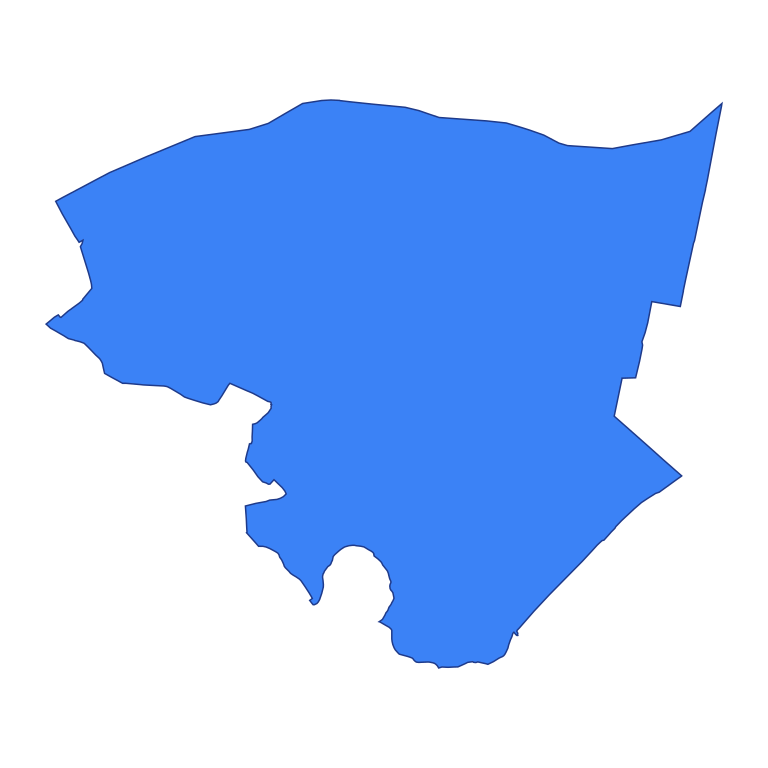 Oltina, Constanta, Romania (Natural Earth projection)
{"feature_id": "2599482B63445954595990", "entity_name": "Oltina", "entity_type": "district", "adm_level": 2, "iso_a3": "ROU", "parent_name": "Romania", "parent_adm1": "Constanta", "projection": "natural_earth1", "projection_center": [27.643, 44.146], "detail": "fine", "context": "isolated", "style": "filled", "palette": "blue", "viewbox_px": 768, "rotation_deg": 0, "n_neighbors": 0, "source": "geoboundaries", "source_scale": "gbopen_adm2", "svg_char_len": 5166}
<svg xmlns="http://www.w3.org/2000/svg" viewBox="0 0 768 768"><path d="M681.7,475.9L663.0,459.5L646.8,445.0L614.2,416.2L622.0,378.6L622.0,378.4L622.0,378.2L635.6,377.8L639.6,361.1L642.0,349.2L642.6,345.1L641.9,341.8L645.1,332.7L647.8,322.5L647.8,322.4L651.8,301.6L655.3,302.2L680.3,306.5L683.4,291.0L683.3,290.8L685.5,280.2L693.5,243.3L694.5,240.7L702.5,202.2L705.5,189.6L705.4,189.4L707.4,179.8L715.9,134.5L721.5,106.3L721.9,103.5L711.9,112.1L690.0,131.4L661.2,139.9L634.1,144.6L631.3,145.1L619.9,147.2L612.4,148.6L575.0,146.1L567.5,145.6L558.9,143.1L543.8,135.1L529.6,130.1L522.7,127.9L515.8,125.8L506.3,123.0L486.6,120.9L458.6,118.9L439.1,117.5L429.0,114.1L418.9,110.6L405.2,107.3L391.7,106.0L387.6,105.6L381.4,105.0L374.1,104.3L363.4,103.2L350.1,101.8L339.9,100.6L339.6,100.4L331.0,100.0L321.8,100.5L302.6,103.5L285.4,113.4L268.3,123.4L249.3,129.4L194.9,136.6L195.0,136.6L172.8,145.8L146.9,156.5L109.6,172.6L100.5,177.4L93.7,181.0L71.5,192.8L62.8,197.4L55.7,201.3L62.4,214.1L70.9,228.9L75.0,236.3L75.6,237.1L77.4,239.7L77.5,239.8L79.1,242.3L82.9,240.2L82.2,243.4L80.4,246.7L88.6,273.2L88.7,273.6L89.6,276.8L89.7,277.3L89.8,277.7L90.4,279.7L90.5,280.3L90.6,280.5L90.8,281.4L91.2,283.1L91.5,284.7L91.8,288.4L87.2,293.9L82.7,299.3L82.6,300.2L79.5,302.9L67.8,311.4L61.0,317.4L60.2,317.2L58.3,314.9L57.2,315.5L54.4,317.2L46.1,324.1L50.7,328.3L50.8,328.3L56.0,331.2L60.1,333.6L63.8,335.7L66.1,337.2L68.4,338.6L73.9,340.0L75.2,340.6L76.4,340.8L80.6,341.9L80.7,342.0L84.0,343.2L84.8,343.9L88.3,347.3L95.7,355.0L99.6,358.6L100.9,360.5L102.3,363.1L103.5,368.7L104.6,373.4L111.2,377.1L122.6,383.3L125.9,383.3L140.6,384.6L143.2,384.9L156.1,385.6L164.0,386.0L166.7,386.5L167.8,386.9L170.7,388.4L180.5,394.2L183.6,396.4L184.5,397.0L188.1,398.3L194.3,400.3L202.8,402.9L210.5,404.8L214.0,403.9L216.1,403.1L218.1,401.6L219.1,399.9L221.8,395.9L228.3,385.2L229.9,383.3L247.9,391.2L248.0,391.2L252.9,393.3L257.6,395.8L267.8,401.4L269.8,401.8L270.9,402.3L271.2,403.2L270.9,404.5L271.6,404.7L271.0,406.7L271.2,408.2L268.2,412.7L266.2,414.5L262.7,417.5L262.1,418.4L260.1,420.3L257.0,422.9L255.2,423.7L252.6,424.3L252.4,431.4L252.1,436.8L252.2,441.2L251.8,442.1L251.4,443.5L250.2,443.6L249.5,444.4L249.4,444.3L248.2,449.3L247.3,452.2L245.8,458.4L245.5,461.0L246.0,462.1L247.1,462.4L253.2,470.0L257.9,476.7L262.6,481.8L266.3,483.0L268.4,484.2L270.0,484.1L274.0,479.7L277.8,483.4L282.2,487.6L284.9,491.1L286.2,493.9L283.3,496.7L280.3,498.3L277.0,499.4L269.7,500.1L266.1,501.5L255.7,503.4L245.4,506.0L246.3,518.8L246.7,527.5L247.0,532.2L246.5,532.7L255.9,543.2L258.6,546.3L259.9,546.2L260.0,546.3L262.9,546.3L266.1,547.0L269.7,548.5L275.1,551.4L277.7,553.0L278.9,554.6L279.7,557.2L281.2,559.3L281.3,559.4L281.8,560.2L283.1,563.0L283.7,564.4L284.3,566.3L285.4,567.8L286.2,568.6L289.1,571.5L290.0,572.7L290.8,573.5L293.1,575.1L296.0,576.8L298.5,578.5L299.4,579.1L300.9,580.6L302.7,583.2L305.3,587.0L309.2,593.0L311.5,596.9L312.3,598.5L309.7,600.4L312.0,603.4L313.1,604.7L314.4,604.7L316.9,603.5L318.3,601.9L319.6,599.6L321.7,593.5L323.3,587.1L323.4,584.6L323.0,580.3L322.6,577.7L322.6,576.1L323.2,573.7L323.7,573.1L324.5,571.1L325.7,569.5L327.8,566.6L329.9,565.2L330.9,563.8L331.5,562.1L332.4,560.3L332.8,558.3L333.2,556.5L334.7,554.7L337.7,552.0L339.3,550.6L341.2,549.1L344.5,547.0L346.1,546.5L349.0,545.7L352.4,545.3L354.4,545.3L356.2,545.7L360.7,546.2L363.9,546.9L365.8,548.0L368.4,549.6L371.3,551.2L372.8,552.3L373.7,553.5L374.0,554.9L373.9,554.9L374.1,556.0L375.3,556.9L377.7,558.7L380.9,561.7L381.9,563.2L382.7,565.0L384.0,566.6L387.3,570.8L388.3,573.2L388.8,575.4L389.7,578.8L390.5,580.5L390.9,581.5L390.9,582.6L390.1,584.4L389.8,586.1L390.1,588.6L390.9,590.2L391.8,591.1L392.9,592.8L394.0,598.2L393.1,600.5L391.7,602.9L391.7,603.0L391.0,604.5L390.5,605.2L389.0,607.2L387.9,610.2L387.0,611.6L386.0,612.7L384.9,615.2L383.5,617.6L382.8,618.8L382.6,619.2L382.4,619.4L381.0,620.5L380.2,621.0L379.2,621.7L379.6,621.8L379.9,622.0L380.0,622.0L386.2,625.6L389.2,627.3L391.1,629.1L391.8,630.3L391.8,636.0L391.8,638.9L392.1,641.5L392.8,644.5L394.1,647.8L395.3,649.9L397.9,652.8L399.2,654.1L400.5,654.5L407.5,656.4L410.0,657.2L411.8,657.9L412.7,658.4L414.1,660.3L415.5,661.6L416.5,662.1L418.7,662.4L422.7,662.2L425.6,662.1L428.0,662.0L429.5,662.1L432.9,662.8L434.6,663.4L435.9,664.3L437.4,665.8L437.3,665.7L438.7,668.0L441.9,667.0L448.0,667.3L453.9,667.0L457.9,666.9L460.9,665.6L465.7,663.4L467.6,662.4L469.6,662.1L472.7,661.7L473.6,662.3L475.4,662.5L476.0,662.5L477.8,661.9L482.6,663.0L485.8,663.7L487.9,664.3L493.5,661.6L498.9,658.2L500.5,657.4L502.4,656.6L503.6,655.8L504.8,654.4L506.1,652.0L507.9,648.1L508.7,644.8L510.5,639.7L511.9,636.7L512.8,633.5L513.6,632.4L513.9,632.2L515.5,634.2L516.4,635.1L517.1,635.5L517.8,635.4L517.5,634.2L517.8,633.8L517.8,633.2L517.4,632.5L516.8,631.3L517.2,630.2L519.5,627.8L533.9,611.3L543.8,600.7L549.3,594.8L561.4,582.5L573.9,569.8L582.2,561.4L592.5,550.3L597.2,545.1L600.5,542.0L602.1,540.6L604.0,540.1L611.4,531.8L614.9,528.3L615.8,526.6L621.6,520.6L625.2,517.2L634.0,509.0L641.5,502.5L644.4,500.6L646.3,499.3L648.3,498.0L655.6,493.4L659.2,492.2L677.7,478.8L681.0,476.5L681.7,475.9L681.7,475.9Z" fill="#3b82f6" stroke="#1e3a8a" stroke-width="1.5"/></svg>